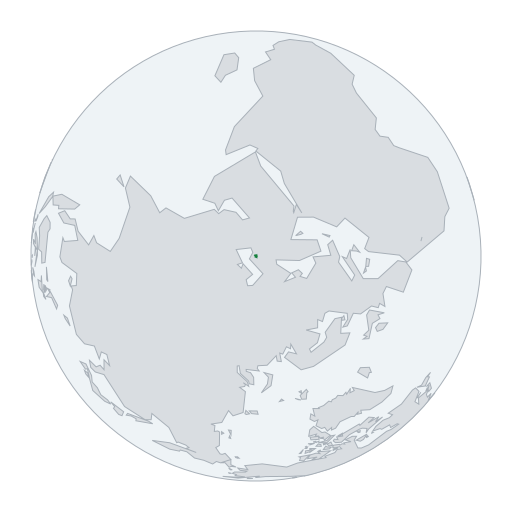 globe centered on İmişli, rotated 170°
{"feature_id": "AZE-1704", "entity_name": "İmişli", "entity_type": "District", "adm_level": 1, "iso_a3": "AZE", "parent_name": "Azerbaijan", "parent_adm1": "", "projection": "orthographic", "projection_center": [48.046, 39.851], "detail": "fine", "context": "on_globe", "style": "filled", "palette": "green", "viewbox_px": 512, "rotation_deg": 170, "n_neighbors": 0, "source": "natural_earth", "source_scale": "10m", "svg_char_len": 11125}
<svg xmlns="http://www.w3.org/2000/svg" viewBox="0 0 512 512"><g transform="rotate(170 256 256)"><circle cx="256" cy="256" r="225" fill="#eef3f6" stroke="#a8b0b8"/><path d="M237.4,31.5L240.2,31.3L244.8,31.0L260.4,33.0L284.7,37.1L295.1,37.9L290.6,38.6L312.2,40.4L327.1,44.8L308.5,40.3L305.3,40.4L314.6,43.3L313.3,44.1L317.0,46.1L314.7,47.0L304.0,45.0L302.3,45.7L308.9,47.7L310.8,50.4L301.2,47.1L303.4,51.5L286.0,50.2L262.4,42.8L251.0,44.9L222.0,45.3L222.9,46.8L212.5,48.7L209.7,51.4L205.1,51.3L206.8,53.7L211.5,53.4L213.8,54.4L212.5,56.2L206.5,56.0L206.2,55.2L203.8,56.1L201.3,55.4L201.9,56.7L194.7,56.7L199.9,59.4L192.5,61.7L188.3,61.0L191.3,57.6L189.0,49.3L185.6,48.6L177.9,50.4L157.8,60.7L153.1,61.7L144.7,65.6L146.1,66.3L153.2,63.7L153.7,66.5L162.3,63.5L163.8,64.5L171.5,63.3L167.5,67.4L159.4,72.2L152.8,73.6L149.1,76.0L153.1,78.2L138.5,84.9L125.2,96.8L121.7,98.4L119.0,94.4L124.8,84.9L121.4,81.8L120.7,88.0L112.1,92.9L109.4,95.7L108.2,98.2L110.4,98.2L106.8,101.0L106.2,95.3L109.4,92.6L109.6,94.3L112.2,90.1L111.7,87.2L107.4,90.4L111.2,84.4L108.1,86.8L107.2,87.1L111.8,83.6L103.6,90.2L104.4,89.4L116.9,78.8L130.2,69.1L144.1,60.5L158.7,52.8L173.7,46.3L189.2,40.9L205.0,36.6L221.2,33.4L237.4,31.5ZM31.4,272.9L33.3,289.3L34.5,297.2L31.4,272.9ZM244.3,31.0L247.1,30.9L240.5,31.3L239.2,31.3L244.3,31.0ZM259.0,31.2L255.5,31.3L254.1,30.9L256.5,30.9L259.0,31.2ZM302.8,38.6L297.7,37.4L303.1,38.3L302.8,38.6ZM318.0,46.3L319.8,46.5L321.0,47.5L318.0,46.3ZM173.2,61.2L172.3,62.2L171.3,61.9L173.2,61.2ZM177.3,59.8L176.7,58.7L178.6,58.0L178.9,58.6L177.3,59.8ZM318.4,49.9L319.7,51.8L316.5,49.5L318.4,49.9ZM177.6,61.4L182.0,56.7L185.4,55.5L189.3,57.2L177.6,61.4ZM319.2,52.7L322.4,57.8L326.9,58.5L316.1,59.9L317.0,54.8L312.4,51.7L316.9,53.1L319.2,52.7ZM213.5,52.6L208.4,52.9L213.8,51.1L213.5,52.6ZM216.4,51.2L229.7,45.0L236.5,45.7L230.7,47.4L240.5,47.4L237.3,50.6L231.2,51.4L227.4,50.3L229.1,52.5L216.4,51.2ZM309.7,60.2L308.9,61.3L307.7,59.8L309.7,60.2ZM215.1,54.7L217.2,53.3L223.3,53.7L220.2,56.7L219.2,55.6L215.1,54.7ZM244.6,45.9L248.6,47.0L247.2,49.8L248.5,50.7L237.9,50.8L244.6,45.9ZM217.2,56.4L218.6,58.3L214.5,59.8L213.5,56.2L217.2,56.4ZM226.1,52.6L228.9,53.0L226.4,53.7L226.1,52.6ZM201.0,66.7L203.4,64.6L206.8,64.6L201.0,66.7ZM219.3,59.0L220.7,58.5L222.3,58.3L222.3,59.9L219.3,59.0ZM237.6,53.0L236.1,54.1L241.9,53.1L241.0,55.5L234.0,55.2L236.7,56.4L236.4,57.1L231.0,56.1L237.6,53.0ZM227.1,61.2L218.0,62.1L212.9,65.9L209.7,65.9L218.5,59.9L227.1,61.2ZM229.9,58.2L227.5,60.0L224.8,59.0L224.8,57.2L229.9,58.2ZM242.9,57.3L246.0,53.7L247.5,53.9L242.9,57.3ZM226.2,62.4L228.4,62.2L226.1,62.8L226.2,62.4ZM238.4,59.0L239.3,57.6L240.9,57.9L238.4,59.0ZM232.1,63.0L229.2,63.2L229.0,61.9L232.1,63.0ZM235.4,61.3L237.4,62.1L230.8,61.3L235.6,60.6L235.4,61.3ZM239.7,59.5L241.0,59.2L239.1,60.1L239.7,59.5ZM234.2,68.1L225.9,67.5L225.7,64.5L233.8,65.4L234.2,68.1ZM62.8,307.5L57.5,269.5L63.2,262.0L66.5,248.1L108.2,223.8L114.5,231.9L144.4,240.8L147.7,244.4L141.5,254.7L161.8,277.9L171.5,270.7L192.6,284.3L208.4,287.0L218.8,266.1L193.0,261.3L191.2,249.5L214.0,244.0L236.9,248.7L237.0,244.3L224.7,232.8L232.3,225.8L220.8,228.2L223.7,233.2L216.6,235.1L213.4,230.8L216.2,228.3L210.0,225.1L198.3,238.6L200.0,245.2L182.2,243.7L183.4,254.7L177.8,258.2L173.6,240.9L175.8,235.6L166.0,214.8L162.1,220.1L171.1,240.4L167.2,237.8L162.1,246.1L163.0,237.8L154.3,215.1L139.8,212.5L117.2,226.8L109.5,224.1L104.9,215.2L117.2,194.8L132.9,203.3L137.5,197.0L137.8,183.9L142.5,187.9L144.6,183.9L150.9,186.7L163.1,180.8L170.1,182.7L178.2,171.3L182.8,170.9L176.7,177.7L176.1,183.7L193.7,189.2L198.1,187.6L201.9,179.9L206.3,182.7L207.8,174.6L219.5,174.4L206.5,168.2L210.6,159.9L219.5,155.2L218.5,151.6L204.1,159.4L200.5,163.6L201.1,168.9L189.1,180.6L182.4,180.8L186.0,165.1L176.9,164.0L183.7,152.9L218.5,137.3L231.3,136.1L245.5,151.2L240.6,155.9L233.1,152.6L237.0,163.2L238.1,158.7L241.8,161.3L246.7,154.7L249.5,156.3L249.4,147.6L253.4,148.8L253.4,154.3L264.0,146.5L273.2,147.6L274.3,145.1L272.8,142.2L285.4,146.0L285.6,144.1L281.6,142.0L279.4,136.9L280.5,129.6L284.8,131.3L285.0,134.2L291.8,143.1L291.7,150.9L293.6,150.9L294.7,144.6L286.4,133.6L285.8,128.9L290.5,133.4L288.7,131.3L289.8,129.5L294.9,129.5L290.0,124.3L295.9,104.1L306.4,102.6L309.9,108.5L318.6,98.0L329.6,98.3L325.9,96.2L327.5,90.5L324.0,90.3L322.4,88.9L325.0,75.7L328.9,74.3L325.8,67.4L323.8,66.5L320.7,67.0L316.1,59.9L326.9,58.5L330.7,60.5L334.8,58.7L342.9,63.9L351.6,67.7L358.1,75.2L364.3,78.1L365.2,77.1L374.4,80.7L390.2,92.4L373.5,87.1L349.0,72.9L358.7,78.7L355.3,78.9L358.0,82.0L365.0,86.3L366.5,85.9L371.6,102.3L385.9,119.0L387.7,113.0L393.7,114.1L411.6,130.6L426.3,165.6L434.4,169.7L438.1,175.0L438.1,182.2L432.7,174.6L428.5,175.5L425.4,170.4L423.7,180.2L419.2,173.5L420.0,184.9L425.0,188.4L428.2,181.8L430.8,195.4L440.1,199.3L446.5,210.0L448.4,239.2L442.5,254.5L443.2,258.6L438.1,258.1L435.5,269.9L448.2,283.3L449.3,289.2L443.0,307.6L442.2,303.6L428.8,302.3L429.2,317.6L439.5,321.9L443.1,332.4L436.5,333.8L432.5,324.8L427.7,323.9L426.9,311.3L418.9,296.0L412.1,304.3L410.7,296.7L398.7,285.8L387.7,297.1L371.7,326.0L372.8,345.6L365.8,356.5L349.2,333.6L343.3,315.3L336.3,319.0L320.0,305.5L289.0,309.2L285.4,304.2L279.4,307.2L268.1,302.5L263.0,293.9L255.8,294.6L269.5,317.2L277.4,316.4L285.2,307.1L287.4,315.1L298.5,321.1L283.1,341.6L238.5,358.6L235.7,343.7L209.9,298.6L211.5,293.8L211.5,293.2L211.3,292.1L207.3,299.8L203.4,290.5L215.5,322.5L216.9,335.3L237.9,359.4L235.5,361.6L242.7,366.4L267.8,361.0L267.6,365.7L254.8,387.2L221.5,412.3L226.9,428.9L226.0,441.3L207.4,446.8L211.2,455.3L201.9,456.4L202.7,460.4L196.4,463.0L185.2,463.4L163.7,456.9L160.6,453.4L147.2,442.7L127.9,416.9L131.5,408.5L128.8,399.0L113.5,371.1L116.7,359.9L113.1,352.5L105.2,349.9L101.2,340.8L96.7,338.0L69.7,323.3L62.8,307.5ZM91.0,242.0L89.2,245.9L91.0,242.0ZM259.6,264.9L274.4,265.8L270.5,251.6L275.8,250.9L272.5,246.5L270.1,250.6L262.5,238.5L269.8,234.4L269.4,228.2L264.4,227.6L252.2,237.3L263.0,254.3L258.5,260.1L259.6,264.9ZM112.1,93.2L112.1,93.7L110.2,96.5L109.7,95.8L112.1,93.2ZM109.9,106.8L104.3,111.1L108.0,107.3L106.2,106.8L111.9,98.6L120.3,98.8L115.5,100.0L109.9,106.8ZM121.8,88.5L117.3,93.2L121.9,88.1L121.8,88.5ZM149.7,160.7L150.7,164.7L146.6,168.4L137.9,167.3L143.7,161.7L149.7,160.7ZM153.1,169.5L159.1,155.0L164.8,155.6L160.6,157.6L163.7,159.4L157.8,163.3L157.3,178.7L153.6,183.1L139.5,177.8L146.1,176.9L144.8,172.8L153.1,169.5ZM164.6,121.5L167.3,116.5L176.1,124.0L172.6,127.9L163.7,126.7L162.6,121.4L164.6,121.5ZM183.7,65.9L184.2,64.4L185.9,64.3L186.9,65.5L183.7,65.9ZM201.9,65.7L183.5,72.6L183.1,71.2L172.8,77.7L167.7,76.4L174.5,72.2L162.9,76.4L167.1,72.1L159.3,75.5L175.1,66.1L178.3,62.8L176.6,66.9L181.2,68.0L184.2,67.5L195.0,63.8L204.2,57.8L210.2,58.4L212.0,60.5L210.7,62.0L207.2,61.0L208.0,63.8L201.9,63.6L201.9,65.7ZM229.4,91.0L225.9,88.1L226.4,95.9L220.3,94.8L220.8,95.8L215.3,97.0L209.5,100.4L207.1,99.3L205.9,101.2L202.2,102.2L199.7,104.5L194.6,103.4L191.1,106.2L190.7,104.1L186.0,109.3L187.2,105.0L182.6,106.4L183.9,109.8L162.5,100.9L152.6,101.3L143.7,104.3L147.0,97.2L157.4,90.3L170.6,84.9L179.6,85.9L179.4,82.8L183.7,82.5L182.1,85.0L187.2,80.9L190.2,81.4L202.0,78.2L207.5,72.6L211.9,71.5L211.3,74.0L216.1,71.2L218.1,75.3L221.3,74.7L226.4,78.4L223.4,83.9L227.2,82.9L231.2,86.0L229.4,91.0ZM235.4,69.3L233.2,75.5L228.8,78.2L221.8,70.7L218.6,70.7L213.9,66.5L220.4,62.9L221.2,64.4L223.4,65.0L220.5,65.9L224.5,65.7L225.6,67.8L229.0,68.3L227.4,70.1L235.4,69.3ZM153.2,241.7L156.0,243.4L160.9,244.6L157.7,250.1L153.2,241.7ZM146.9,226.3L149.7,226.7L147.6,234.5L144.6,233.0L146.9,226.3ZM153.1,220.5L150.0,226.1L149.9,222.1L153.1,220.5ZM179.5,177.7L182.7,177.8L182.4,179.8L179.8,182.0L179.5,177.7ZM229.6,115.9L228.3,113.3L229.7,112.6L231.3,106.4L235.9,107.0L236.7,111.0L229.6,115.9ZM213.4,269.2L207.8,272.6L205.9,270.2L208.2,269.5L213.4,269.2ZM180.6,261.9L187.2,266.5L179.6,263.3L180.6,261.9ZM234.9,115.5L235.0,112.8L237.2,114.8L234.9,115.5ZM239.4,107.2L242.3,109.0L236.7,106.4L239.4,107.2ZM265.2,440.6L252.6,459.8L241.7,459.6L238.6,454.3L242.4,442.6L254.7,439.3L260.4,433.2L265.2,440.6ZM466.0,331.2L467.9,328.2L467.6,329.1L466.0,331.2ZM464.1,332.5L466.7,328.4L463.3,335.0L464.1,332.5ZM467.6,326.9L470.2,320.9L471.3,317.7L470.8,319.6L467.6,326.9ZM462.2,335.5L449.8,350.4L444.3,354.0L446.0,349.8L454.9,341.2L462.2,335.5ZM445.6,350.2L436.5,350.5L420.7,337.0L426.4,333.7L442.3,336.8L441.4,340.1L446.9,341.5L445.6,350.2ZM465.6,313.3L464.5,321.8L458.1,329.6L455.0,332.1L452.9,324.9L454.1,318.5L456.8,315.6L464.9,286.3L468.2,286.2L466.4,297.3L468.9,300.4L465.6,313.3ZM374.0,347.0L379.8,356.0L375.7,359.4L374.0,347.0ZM466.2,269.0L464.3,281.7L465.4,266.9L466.2,269.0ZM465.7,256.6L466.8,260.2L464.7,258.5L465.7,256.6ZM444.9,264.2L442.1,268.3L441.1,265.5L444.1,258.7L444.9,264.2ZM451.2,219.3L454.8,227.6L455.5,231.1L452.5,227.6L451.2,219.3ZM274.5,120.3L267.0,127.9L264.8,134.5L268.3,139.8L260.1,136.0L263.7,125.7L274.5,120.3ZM292.8,105.7L289.7,101.7L293.1,101.6L294.3,102.6L292.8,105.7ZM289.5,104.6L281.8,103.2L281.4,99.8L287.6,101.5L289.5,104.6ZM258.2,108.6L255.7,110.7L253.9,108.9L258.2,108.6ZM439.4,386.8L439.8,386.3L440.3,385.6L439.4,386.8ZM441.4,384.0L445.7,377.0L458.1,355.5L450.3,370.1L441.4,384.0ZM465.0,340.1L469.3,328.5L469.4,328.3L465.0,340.1ZM470.5,322.5L473.9,311.3L475.0,307.8L470.5,322.5ZM480.1,278.8L479.8,281.1L479.8,279.7L480.5,273.6L479.3,277.7L480.7,268.6L480.7,272.4L480.1,278.8ZM476.8,293.1L476.5,295.3L476.0,295.7L476.8,293.1ZM477.6,289.4L479.0,285.7L477.4,291.6L477.6,289.4ZM470.4,299.6L471.2,302.7L473.9,294.5L471.8,302.8L473.0,307.1L472.1,311.2L471.1,306.3L469.7,316.1L468.5,318.2L468.4,312.1L470.0,300.7L471.2,294.6L475.6,283.7L470.4,299.6ZM477.9,283.6L477.4,279.6L477.6,274.8L478.2,276.0L477.9,283.6ZM474.8,270.6L472.1,268.1L470.7,274.1L472.6,257.8L475.0,262.9L474.8,270.6ZM471.0,259.7L469.8,265.2L470.4,256.5L471.0,259.7ZM468.9,263.9L467.7,259.7L469.2,257.7L468.9,263.9ZM471.9,258.1L470.4,249.7L472.1,253.0L471.9,258.1ZM464.5,250.5L469.4,252.5L464.7,256.5L459.9,241.9L461.6,238.5L464.5,250.5ZM444.8,173.2L441.9,169.8L442.1,166.0L444.1,169.4L444.8,173.2ZM440.1,151.9L441.2,163.9L441.6,174.3L443.6,174.2L447.5,182.7L442.2,179.2L438.7,166.9L439.2,160.4L435.1,153.8L432.9,146.3L427.1,140.0L424.8,135.4L430.2,139.2L440.1,151.9ZM424.4,137.6L413.4,125.6L415.7,122.0L418.7,123.8L422.8,130.7L421.3,132.2L424.4,137.6ZM411.4,121.8L409.8,123.3L390.4,111.9L386.8,108.7L402.9,114.6L402.3,116.5L406.7,120.1L411.4,121.8ZM311.3,61.9L309.1,61.4L311.0,61.0L311.3,61.9ZM320.4,89.0L318.5,87.1L320.8,86.4L320.4,89.0ZM314.3,81.6L313.1,83.6L312.6,80.7L314.3,81.6ZM310.7,88.6L311.7,84.1L313.3,89.4L310.7,88.6Z" fill="#d9dde1" stroke="#a8b0b8" stroke-width="1"/><path d="M255.7,256.6L255.4,256.7L255.2,256.8L255.2,256.6L255.4,256.5L255.5,256.4L255.4,256.2L255.2,256.1L255.1,255.9L255.2,255.7L255.3,255.5L255.3,255.3L255.2,255.2L255.3,255.0L255.5,255.0L255.8,255.1L255.8,254.9L255.9,255.0L256.0,254.9L256.1,255.0L256.3,255.1L256.5,255.2L256.6,255.3L256.7,255.2L256.8,255.2L256.8,255.3L256.7,255.4L256.6,255.5L256.6,255.8L256.5,256.0L256.6,256.3L256.8,256.3L256.9,256.5L256.9,256.8L257.0,256.9L256.7,257.1L256.3,256.9L256.1,256.7L255.9,256.5L255.7,256.5L255.7,256.6Z" fill="#22c55e" stroke="#15803d" stroke-width="1.5"/></g></svg>